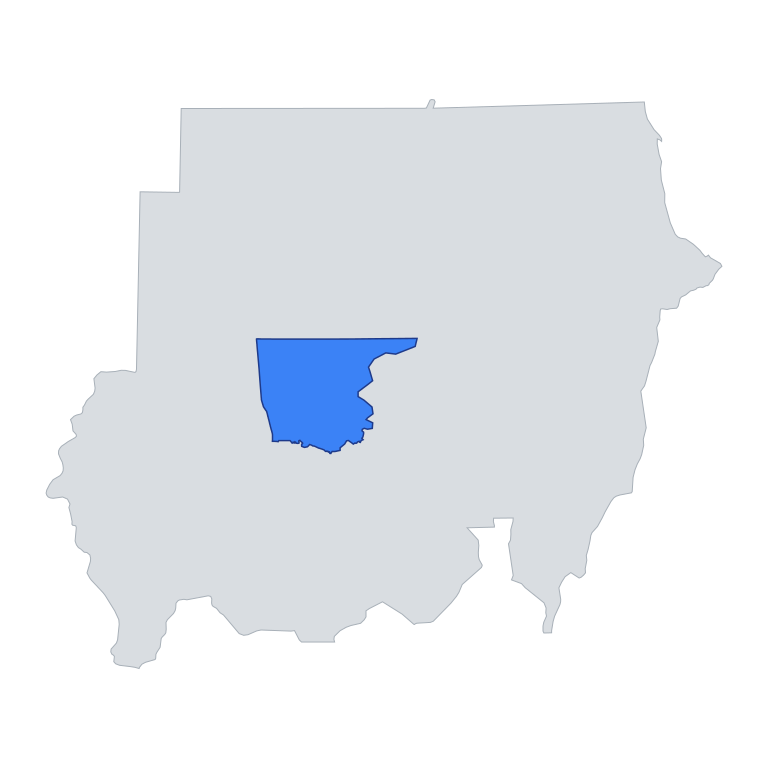 location of Soudari, North Kordufan, Sudan
{"feature_id": "16777658B52132204049815", "entity_name": "Soudari", "entity_type": "district", "adm_level": 2, "iso_a3": "SDN", "parent_name": "Sudan", "parent_adm1": "North Kordufan", "projection": "orthographic", "projection_center": [27.862, 15.17], "detail": "fine", "context": "in_parent", "style": "filled", "palette": "blue", "viewbox_px": 768, "rotation_deg": 0, "n_neighbors": 0, "source": "geoboundaries", "source_scale": "gbopen_adm2", "svg_char_len": 7534}
<svg xmlns="http://www.w3.org/2000/svg" viewBox="0 0 768 768"><path d="M551.6,632.8L543.9,633.0L543.0,631.1L543.0,626.1L543.8,622.2L546.5,616.1L545.8,612.8L546.1,608.0L544.0,602.8L525.2,587.7L521.5,583.6L511.5,579.9L513.2,575.5L508.5,543.8L510.5,540.1L510.9,534.5L510.8,529.6L513.0,521.4L513.2,518.0L493.6,518.2L493.4,521.7L494.4,525.6L494.4,527.1L467.1,527.8L478.2,540.1L478.8,545.5L478.3,552.4L478.5,556.7L479.2,559.6L482.2,565.1L482.0,566.1L481.4,567.5L462.2,584.5L459.0,592.2L456.5,596.3L450.9,603.2L433.3,621.2L430.4,622.4L416.8,623.2L415.5,623.7L414.4,624.5L413.8,624.3L402.1,614.1L382.5,601.8L369.6,608.4L366.0,610.8L366.0,616.9L364.1,619.9L360.6,623.3L351.0,625.5L346.1,627.3L340.1,630.7L334.3,636.4L333.9,639.4L334.6,642.0L301.5,642.0L299.3,639.9L294.5,630.6L291.1,631.1L261.0,630.0L256.7,630.9L248.0,634.7L243.7,635.3L239.2,633.6L223.5,615.0L220.1,612.8L216.5,608.3L213.1,606.4L212.0,605.0L211.6,603.0L211.8,598.9L210.7,596.4L208.2,595.8L186.9,599.8L183.9,599.3L179.4,600.0L177.9,600.8L176.0,603.2L175.7,608.2L175.1,610.7L173.5,613.5L167.4,619.7L166.0,622.4L166.2,629.3L165.8,632.8L164.8,634.4L162.2,637.0L161.2,638.5L160.1,647.3L156.7,652.6L155.9,654.4L155.7,658.3L155.1,659.5L145.5,662.3L141.9,664.2L139.6,667.2L139.1,668.5L134.9,667.3L129.7,666.5L119.6,665.3L115.7,663.8L113.8,661.7L114.4,656.4L113.5,655.2L111.9,654.2L110.8,651.9L111.1,649.1L116.4,643.1L117.6,639.8L119.2,624.3L118.8,619.6L114.7,610.8L105.3,595.6L103.0,592.6L91.2,580.0L89.8,578.1L87.0,572.9L90.4,561.5L90.6,558.3L89.9,555.0L86.9,552.5L84.2,552.2L80.7,549.0L78.4,547.6L76.4,544.8L75.1,541.0L76.3,527.6L75.7,525.8L72.6,525.2L71.9,524.2L72.1,521.6L70.6,513.9L68.9,507.5L70.0,504.0L67.5,499.1L62.7,497.0L53.1,498.3L50.2,497.9L48.2,497.0L46.8,495.2L46.1,493.1L46.8,490.0L49.7,484.3L53.1,479.7L60.1,475.6L62.0,473.3L63.1,470.8L63.3,467.9L62.9,464.8L62.2,462.0L60.3,458.3L58.5,453.8L58.6,450.9L59.5,448.8L61.4,446.3L68.3,441.5L75.3,437.5L76.5,436.1L76.1,434.4L73.0,430.9L72.2,424.2L70.5,419.6L74.1,416.2L76.7,415.0L80.8,414.0L82.4,412.6L82.9,409.8L82.9,407.2L84.4,405.2L86.4,401.1L88.1,399.2L93.4,394.3L94.7,391.2L95.1,388.1L93.9,378.7L97.0,374.9L100.9,371.7L106.5,372.1L115.2,371.5L121.2,370.3L125.4,370.4L135.0,372.4L136.0,371.6L136.5,369.2L140.1,191.8L179.1,192.4L179.6,192.1L181.2,108.5L424.4,108.3L426.4,108.0L430.1,100.1L431.7,99.5L434.2,99.9L435.1,101.8L433.2,108.2L644.3,102.0L645.3,111.5L647.4,119.1L654.1,129.7L659.5,135.4L661.5,138.5L661.7,140.0L661.6,141.4L659.9,139.9L657.3,138.9L657.2,144.0L659.1,154.5L661.6,161.7L660.5,168.6L661.3,180.0L664.8,193.7L664.7,202.6L670.3,222.9L675.2,234.2L677.7,236.9L680.5,238.2L685.7,239.0L693.5,244.4L699.9,250.3L702.2,253.4L705.3,256.8L707.2,256.1L708.4,255.1L710.5,257.8L720.4,263.5L721.9,266.3L718.7,269.3L715.0,274.3L713.3,278.8L712.4,280.3L709.3,283.3L708.9,284.7L707.6,285.6L706.1,285.7L702.9,287.4L700.0,287.1L697.0,288.0L696.0,289.2L693.7,290.2L690.5,290.9L685.7,294.9L681.5,296.9L680.1,298.5L678.2,306.1L676.6,308.2L670.2,308.7L667.1,309.5L662.7,308.8L660.7,309.0L660.2,310.6L659.7,317.1L659.9,319.9L656.7,327.5L658.3,341.3L655.3,351.8L654.9,354.1L651.6,362.5L650.0,365.6L646.0,381.2L644.5,385.9L640.8,391.1L646.2,427.8L643.3,439.2L643.7,445.3L641.7,454.5L640.1,458.8L637.3,464.0L635.0,469.8L633.1,477.3L632.2,491.5L631.5,492.8L619.9,495.0L616.2,496.2L613.8,497.8L610.9,501.6L605.2,511.7L602.2,517.9L597.5,526.5L592.0,532.6L590.8,535.5L590.0,540.8L588.1,549.4L586.3,555.5L586.8,560.3L585.2,568.7L585.5,572.8L583.6,575.1L580.9,577.4L579.1,578.0L570.8,572.6L565.1,576.7L561.6,582.2L558.9,587.8L560.7,599.3L560.6,601.9L559.9,604.7L554.6,616.2L553.1,621.5L551.6,630.6L551.6,632.8Z" fill="#d9dde1" stroke="#a8b0b8" stroke-width="1"/><path d="M325.1,339.1L309.3,339.1L278.8,339.1L276.2,339.1L275.4,339.1L272.0,339.1L270.5,339.0L269.2,339.0L268.0,339.0L265.3,339.0L263.0,339.0L262.3,339.0L261.4,339.0L258.8,338.9L257.9,338.9L257.5,338.9L257.3,338.9L257.1,338.9L256.9,338.9L256.7,338.9L256.5,339.0L256.5,339.5L256.5,339.8L256.6,340.5L256.6,340.9L256.7,341.8L256.8,342.8L256.9,343.9L257.0,344.5L257.0,345.3L257.2,347.7L257.5,351.2L257.6,352.1L258.2,359.0L259.0,368.1L259.2,370.6L259.5,375.0L260.5,388.0L261.1,395.3L261.2,396.9L261.2,397.2L261.3,397.4L261.3,397.7L261.3,398.1L261.4,398.7L261.4,399.2L261.4,399.7L261.5,400.1L261.7,400.8L262.1,402.2L262.4,403.2L262.6,403.8L262.7,404.3L262.8,404.4L263.1,405.4L263.1,405.7L263.2,405.8L263.3,406.1L263.3,406.3L263.5,406.7L263.5,406.8L263.6,407.0L263.9,407.4L264.1,407.7L264.4,408.2L264.6,408.4L264.6,408.6L264.9,408.9L265.1,409.2L265.3,409.6L265.5,409.9L265.6,410.0L265.8,410.3L266.2,410.8L266.4,411.1L266.6,411.5L266.8,411.9L266.8,412.1L267.0,412.9L267.1,413.1L267.4,414.3L267.7,415.7L267.8,416.0L267.9,416.6L268.0,416.7L268.2,417.5L268.3,418.0L268.4,418.5L268.5,418.8L269.0,420.6L269.1,421.1L269.5,422.7L269.7,423.8L270.1,425.0L270.2,425.7L270.6,427.2L270.9,428.3L271.0,428.7L271.2,429.5L271.4,430.2L271.5,430.3L271.7,431.0L271.8,431.5L271.9,431.9L272.0,432.1L272.0,432.4L272.1,432.7L272.2,433.0L272.3,433.4L272.3,433.5L272.4,433.8L272.4,434.0L272.4,434.3L272.5,434.6L272.5,434.8L272.5,435.2L272.5,435.6L272.5,435.8L272.5,436.2L272.5,437.0L272.5,437.3L272.5,437.6L272.5,437.9L272.5,438.1L272.5,438.3L272.5,438.8L272.5,439.3L272.5,439.5L272.5,439.9L272.5,440.4L272.5,440.5L272.4,440.8L272.4,441.2L272.4,441.3L274.2,441.3L274.4,441.3L275.4,441.4L275.6,441.4L275.8,441.4L276.2,441.4L276.3,441.4L276.6,441.4L276.8,441.5L277.1,441.5L277.8,441.6L278.1,441.7L278.8,440.6L279.1,440.6L279.3,440.6L280.2,440.6L280.6,440.6L281.2,440.6L281.4,440.6L283.0,440.6L283.8,440.6L284.0,440.6L284.7,440.6L285.3,440.6L285.7,440.6L287.6,440.6L289.3,440.6L289.6,440.6L290.0,440.6L290.6,441.2L290.8,441.5L291.6,442.4L292.1,443.1L292.7,443.0L293.3,442.6L293.6,442.5L294.1,442.9L294.2,443.0L294.3,443.1L294.5,443.0L294.4,443.0L294.4,442.9L294.2,442.8L294.1,442.7L293.7,442.2L295.6,442.1L295.8,442.4L295.8,442.5L295.7,442.7L295.4,442.6L295.2,442.4L295.2,442.5L295.3,442.7L295.5,442.9L296.1,443.2L297.7,443.4L297.8,443.4L298.9,443.2L299.1,442.2L298.8,441.6L298.8,441.4L298.8,441.2L298.8,440.9L298.9,440.7L299.5,440.4L299.9,440.4L299.9,440.5L300.0,440.5L300.3,440.9L300.6,441.1L301.0,441.5L301.3,441.7L301.3,441.8L302.3,442.6L302.4,442.8L302.5,442.9L302.6,443.1L302.6,443.4L302.4,443.5L302.3,443.4L302.2,443.4L302.1,443.5L302.1,443.8L302.1,444.0L301.9,444.2L301.6,444.5L301.6,445.6L301.7,446.2L301.7,446.3L302.1,446.4L302.1,446.5L304.4,447.4L304.5,447.4L307.4,446.8L308.5,445.8L308.9,445.3L309.7,444.5L311.9,445.3L312.2,445.6L312.6,445.9L314.2,446.1L314.3,446.1L315.5,446.6L318.0,447.8L319.2,448.3L319.7,448.3L320.2,448.5L321.0,448.8L322.3,449.2L322.7,449.4L323.3,449.6L323.6,449.7L323.9,449.8L325.5,451.4L326.0,451.4L326.3,451.4L326.7,451.1L326.9,451.1L327.1,451.4L328.1,451.4L328.4,452.1L328.9,451.9L329.3,451.8L329.5,452.0L329.8,452.8L329.9,453.2L329.9,453.4L330.8,453.5L331.5,452.4L332.1,451.5L333.9,451.5L335.0,451.5L340.1,450.4L340.1,447.8L344.7,444.0L346.6,440.8L348.4,440.5L351.5,442.7L353.3,444.1L355.0,443.0L355.8,443.3L356.7,443.1L357.4,442.0L359.1,441.3L359.6,442.2L360.3,442.4L360.7,441.6L361.2,440.5L363.1,439.7L361.9,438.3L362.9,436.9L363.6,433.8L363.6,432.2L362.0,430.8L362.3,429.3L364.2,428.3L367.5,429.2L372.3,428.4L372.7,422.8L366.1,419.6L367.5,417.9L373.0,413.8L372.0,407.0L363.9,400.1L358.1,396.6L358.1,391.8L368.2,384.2L372.6,380.7L370.0,371.7L368.5,367.1L374.1,359.0L385.8,352.9L395.7,354.1L415.2,346.4L416.0,342.9L416.5,341.0L417.1,338.5L417.1,338.4L396.2,338.6L383.1,338.7L363.1,338.9L353.5,339.0L325.1,339.1Z" fill="#3b82f6" stroke="#1e3a8a" stroke-width="1.5"/></svg>